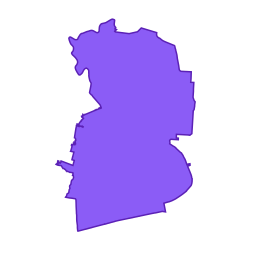 Wijdemeren, Noord-Holland, Netherlands (orthographic projection), rotated 5°
{"feature_id": "6326949B52829064558657", "entity_name": "Wijdemeren", "entity_type": "district", "adm_level": 2, "iso_a3": "NLD", "parent_name": "Netherlands", "parent_adm1": "Noord-Holland", "projection": "orthographic", "projection_center": [5.063, 52.226], "detail": "fine", "context": "isolated", "style": "filled", "palette": "violet", "viewbox_px": 256, "rotation_deg": 5, "n_neighbors": 0, "source": "geoboundaries", "source_scale": "gbopen_adm2", "svg_char_len": 5356}
<svg xmlns="http://www.w3.org/2000/svg" viewBox="0 0 256 256"><g transform="rotate(5 128 128)"><path d="M172.7,208.3L170.3,199.8L174.1,198.3L175.4,197.9L178.1,196.6L181.5,194.5L186.3,190.7L188.4,188.9L191.5,186.0L191.4,185.9L194.6,181.6L195.8,179.9L196.1,179.1L196.4,177.6L196.5,175.9L196.4,174.1L196.3,172.8L195.8,172.0L195.5,170.6L194.9,169.1L192.9,165.1L191.2,161.9L190.7,160.8L192.9,159.8L192.7,159.3L193.0,159.3L192.8,158.2L192.1,158.4L192.3,159.2L191.7,159.4L191.3,158.6L190.1,159.0L190.1,159.5L189.9,159.5L189.4,158.3L188.3,155.8L187.5,154.2L186.1,152.2L185.1,150.4L183.7,148.7L183.4,148.2L182.6,147.9L178.5,144.7L177.9,144.3L177.4,143.8L177.4,143.6L175.8,142.6L174.6,142.1L170.9,140.1L171.0,139.6L171.0,138.5L170.7,137.7L170.6,136.6L171.7,135.5L179.1,135.3L179.0,133.7L177.0,133.7L176.8,130.1L188.2,129.7L188.5,129.7L190.3,129.8L190.4,129.6L192.1,128.1L191.5,105.1L191.7,104.9L192.2,103.9L192.3,103.5L192.3,102.7L192.5,100.5L192.4,99.0L192.5,97.4L192.6,96.1L192.5,95.9L191.5,94.9L190.2,92.0L190.1,91.7L190.0,85.7L189.8,83.1L189.6,76.9L186.5,77.0L186.5,73.7L186.1,66.5L176.2,66.9L175.9,66.9L175.3,66.7L174.7,66.3L174.2,65.8L173.9,65.1L173.0,61.2L171.1,54.5L170.4,51.2L169.7,49.0L169.3,47.9L168.8,46.5L168.6,45.6L168.1,44.5L167.4,42.2L167.0,41.8L157.9,39.0L155.4,38.1L154.1,37.4L151.6,35.7L150.9,35.6L149.9,35.0L149.2,34.4L148.8,33.8L148.6,33.4L148.4,32.8L148.3,31.8L148.3,30.5L132.5,27.2L129.1,31.3L120.9,33.9L107.2,33.4L106.5,33.0L106.3,32.8L106.7,32.3L107.1,32.0L106.9,31.7L107.8,31.1L108.0,30.9L107.6,30.7L106.4,30.3L106.5,29.8L107.0,28.9L106.1,28.0L105.8,27.6L105.5,27.0L105.3,26.3L105.2,25.3L105.3,22.4L105.3,21.8L105.1,21.5L104.8,21.3L103.7,21.0L103.0,20.9L102.1,21.2L100.9,22.0L96.9,24.9L95.7,25.4L92.9,26.3L92.5,26.5L92.0,26.9L91.7,27.3L91.3,28.0L91.0,28.7L90.8,29.3L90.7,30.2L90.7,32.2L90.8,33.7L90.7,34.3L90.3,35.0L89.6,35.6L88.9,35.7L88.1,35.6L85.0,34.2L84.2,34.0L83.4,33.9L82.3,34.1L80.5,34.9L78.5,35.6L74.7,37.6L73.5,37.9L72.6,38.6L72.1,39.3L70.8,41.8L70.5,42.5L70.2,43.7L69.8,44.2L68.9,44.5L67.9,44.6L67.3,44.5L63.3,42.6L62.6,42.4L62.2,42.5L61.8,42.7L61.5,43.1L61.3,43.9L61.8,45.5L62.1,46.2L62.9,47.9L63.6,49.1L64.0,49.6L65.6,51.0L66.1,51.5L66.5,52.1L66.7,52.7L66.8,53.3L66.8,53.9L66.8,54.8L66.7,55.4L66.6,55.9L66.3,56.4L65.4,57.8L65.3,58.3L65.4,58.7L65.8,59.3L66.3,59.9L69.4,62.4L70.3,63.4L71.3,64.6L71.6,65.2L71.9,65.9L72.0,66.5L72.1,67.1L71.8,68.5L71.4,69.5L70.4,71.0L70.3,71.4L70.2,71.9L70.2,72.5L70.4,73.2L70.7,74.0L71.1,74.8L72.4,76.8L74.1,79.0L74.5,79.3L75.4,79.4L75.9,79.1L76.3,78.7L77.4,77.5L77.9,76.5L78.6,74.7L78.9,74.1L79.5,73.1L80.2,72.5L80.9,72.1L81.3,72.0L81.6,72.1L82.5,72.5L83.4,73.4L83.7,73.9L83.9,74.5L84.0,75.1L84.1,76.4L84.4,78.1L84.4,79.1L84.5,79.7L84.7,80.6L85.4,82.9L85.9,84.3L87.1,86.1L87.4,86.7L87.4,87.4L87.3,89.6L86.6,96.0L86.7,96.3L87.3,97.0L88.5,98.1L89.3,98.5L90.0,99.5L90.6,100.1L98.0,107.2L98.7,108.3L99.0,109.3L99.4,109.6L99.6,110.4L99.3,110.7L98.5,110.0L98.1,110.5L98.0,110.4L97.5,110.7L98.0,111.1L95.0,112.6L94.7,112.4L94.3,113.0L93.8,113.3L93.6,113.1L93.2,113.4L93.3,113.4L93.1,113.6L84.3,118.2L84.0,118.1L83.7,118.6L82.7,119.1L81.9,118.4L81.6,119.9L80.7,120.3L80.9,120.9L81.6,120.9L81.3,121.3L82.8,122.2L82.4,122.9L81.6,123.5L81.0,124.2L81.2,124.5L80.6,125.5L80.2,125.4L79.7,126.4L79.2,127.2L78.9,127.8L79.0,128.1L78.8,128.2L78.7,128.7L76.9,128.4L76.8,129.4L77.1,129.4L82.2,130.7L82.3,130.2L83.2,130.7L83.0,131.1L82.2,130.7L82.2,130.8L79.4,130.1L79.2,130.8L76.4,130.2L76.4,130.4L76.5,130.4L76.4,130.4L76.4,131.6L76.2,132.4L75.5,142.4L76.3,142.7L76.6,143.0L76.9,144.2L76.9,144.4L76.7,144.7L77.0,144.8L76.8,145.3L76.7,145.3L76.5,145.7L76.7,146.7L75.4,146.7L75.4,147.5L75.4,147.8L75.0,147.9L75.1,148.1L76.8,148.0L77.1,148.2L77.1,148.4L76.4,148.4L76.4,148.5L76.6,148.5L76.5,149.3L73.3,149.3L73.2,150.3L73.9,150.3L73.9,150.7L73.7,151.4L73.7,152.1L73.2,154.6L73.2,154.8L73.1,155.4L72.8,156.2L76.2,156.7L75.5,161.0L75.4,161.3L74.9,164.5L77.3,165.0L77.1,166.4L77.0,166.5L76.4,170.1L64.6,166.8L64.2,166.7L64.1,168.0L63.6,168.0L63.6,168.8L63.2,168.8L63.2,168.5L61.7,168.4L61.9,167.0L61.0,166.8L60.8,168.0L60.8,168.8L60.8,169.1L61.5,169.0L61.5,169.4L61.4,170.2L61.0,169.9L60.2,169.4L59.9,169.3L60.3,169.6L60.8,169.9L60.8,170.0L61.0,170.3L61.4,170.8L61.2,170.8L59.7,170.2L59.5,170.5L61.1,171.1L61.6,171.0L61.9,171.2L64.3,171.3L64.8,171.4L65.1,171.7L66.1,173.2L66.8,173.7L66.8,174.0L67.3,174.0L67.7,174.1L68.2,174.3L68.6,174.7L68.9,174.7L69.6,175.3L70.2,176.1L71.0,176.3L71.0,176.6L71.5,176.5L73.1,176.9L73.9,177.3L74.3,177.2L76.9,177.4L76.9,177.6L77.0,177.6L77.3,178.5L76.9,180.0L77.6,180.1L78.0,181.7L78.1,182.2L78.0,182.6L77.8,183.3L77.7,183.7L77.3,184.2L76.5,184.9L76.3,185.5L76.2,185.9L76.0,188.8L75.9,189.2L75.7,189.6L75.1,190.2L75.0,190.6L74.9,191.0L75.0,191.9L75.3,192.9L75.4,193.3L75.2,193.8L74.9,194.3L74.8,194.8L74.6,197.6L74.4,197.9L74.2,198.2L73.4,198.6L73.1,198.9L73.0,199.3L72.6,201.3L72.3,201.8L71.9,202.1L71.8,202.4L76.0,202.8L77.7,202.8L81.8,203.1L82.3,203.8L82.4,204.1L82.8,207.1L83.2,210.7L84.0,216.6L84.1,217.6L84.3,218.4L84.5,219.5L84.9,223.8L85.2,225.5L86.1,229.6L86.3,231.9L86.8,234.5L86.9,234.9L87.1,235.1L88.6,234.6L103.0,229.4L111.4,226.4L112.6,226.0L113.3,225.8L113.3,225.6L114.0,225.6L116.2,224.7L118.3,224.0L118.6,223.8L122.6,222.4L123.4,222.0L126.8,220.9L158.5,211.3L162.0,210.3L163.0,210.1L169.4,208.1L172.7,208.3Z" fill="#8b5cf6" stroke="#5b21b6" stroke-width="1.5"/></g></svg>